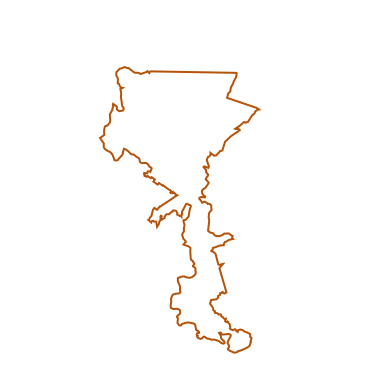 outline of Santa María Petapa, Oaxaca, Mexico, rotated 118°
{"feature_id": "50627088B19284928966846", "entity_name": "Santa María Petapa", "entity_type": "district", "adm_level": 2, "iso_a3": "MEX", "parent_name": "Mexico", "parent_adm1": "Oaxaca", "projection": "natural_earth1", "projection_center": [-95.032, 16.899], "detail": "fine", "context": "isolated", "style": "outline", "palette": "amber", "viewbox_px": 384, "rotation_deg": 118, "n_neighbors": 0, "source": "geoboundaries", "source_scale": "gbopen_adm2", "svg_char_len": 6067}
<svg xmlns="http://www.w3.org/2000/svg" viewBox="0 0 384 384"><g transform="rotate(118 192 192)"><path d="M112.4,306.4L113.0,307.3L113.2,309.5L113.6,310.6L115.3,311.6L117.2,313.8L121.8,315.0L124.6,313.6L126.4,310.9L127.6,310.1L130.9,308.6L130.8,307.2L132.1,305.8L133.2,303.9L132.7,302.2L134.7,303.6L137.7,301.1L141.8,299.1L148.9,293.9L149.7,292.2L150.8,291.2L152.5,291.3L154.7,293.9L154.8,294.7L154.3,297.2L152.2,298.1L151.8,298.7L151.2,303.0L152.6,302.6L153.4,301.7L155.6,301.5L156.4,300.9L162.1,301.0L167.3,297.7L169.0,297.1L173.0,297.8L174.2,299.3L175.3,299.6L177.8,298.9L179.7,298.1L182.5,296.4L183.2,296.4L187.5,298.6L190.5,292.7L193.3,291.3L194.5,290.0L195.3,287.4L195.2,282.9L195.5,281.4L196.9,279.1L200.4,275.2L199.8,273.7L198.4,272.4L196.7,272.3L194.4,271.5L190.5,270.9L189.6,271.7L185.8,272.3L185.5,270.2L185.9,267.6L186.9,264.7L187.1,263.0L186.2,260.7L186.9,258.3L187.1,256.7L187.0,255.1L187.6,253.9L189.6,252.4L190.0,251.6L190.1,250.5L189.9,249.5L188.3,246.9L187.9,245.7L188.3,243.5L189.1,242.6L189.7,240.9L189.6,239.5L190.1,238.7L193.7,238.2L193.6,238.8L194.4,240.5L194.7,240.8L196.1,240.4L196.5,240.5L197.7,243.1L198.9,242.6L198.8,241.8L200.0,241.5L199.9,239.2L198.7,239.0L199.1,234.9L197.9,234.6L198.4,230.7L200.9,231.0L201.6,225.8L199.6,225.4L200.2,220.8L199.6,220.7L200.6,214.7L200.7,211.8L201.1,210.5L202.6,210.9L202.9,210.1L201.4,209.1L201.7,209.0L202.0,208.2L201.0,207.5L201.7,205.4L201.8,203.5L204.1,205.0L204.6,205.0L220.3,213.5L220.2,213.7L224.1,214.5L223.7,217.8L226.1,218.1L232.1,216.6L234.4,217.1L236.8,216.9L237.2,217.3L238.0,213.7L237.2,214.0L236.3,213.5L235.8,212.7L236.0,211.7L235.0,209.7L239.1,206.5L235.5,206.2L233.7,206.9L232.0,206.7L230.5,207.1L228.5,208.4L226.7,208.3L227.5,208.0L227.7,207.4L228.4,207.7L230.5,205.7L227.8,204.0L226.5,204.6L224.2,204.2L223.3,203.7L222.4,201.7L220.8,201.4L218.3,199.9L217.9,200.2L217.4,200.2L216.7,199.3L216.2,197.5L216.2,196.9L217.5,195.0L218.8,194.6L219.0,194.2L218.8,192.7L219.0,191.5L218.2,191.0L218.7,189.8L217.8,190.3L215.8,190.3L215.4,190.9L214.3,191.5L205.1,191.5L204.7,190.5L204.7,188.3L204.4,187.2L204.7,186.6L205.5,186.2L209.1,185.6L215.3,183.5L218.9,184.4L219.9,184.8L220.6,186.0L221.7,186.0L224.6,183.1L227.9,182.1L230.6,180.6L232.6,180.9L234.4,180.6L237.2,177.9L238.4,174.6L239.0,174.0L239.4,174.3L242.4,174.8L241.6,168.9L242.2,167.1L245.3,165.6L251.6,161.7L252.4,160.6L252.6,158.5L253.6,157.7L253.7,156.6L254.6,156.1L256.9,156.5L257.2,156.2L257.4,153.6L257.7,153.2L259.6,152.2L260.4,151.4L262.5,150.4L263.9,150.5L267.3,152.1L268.7,153.6L269.4,155.0L270.0,157.3L270.2,159.4L272.0,162.0L273.7,163.1L274.3,164.0L274.9,164.0L277.7,162.4L280.5,158.8L282.2,157.6L284.6,156.4L285.5,155.2L287.0,155.4L287.7,155.9L289.4,158.5L291.6,160.8L292.1,160.8L294.9,160.6L296.2,160.3L299.0,158.6L302.6,157.5L304.3,156.1L304.0,153.4L302.1,150.3L301.8,148.0L302.1,147.1L303.9,145.8L305.5,145.6L308.7,146.9L309.4,146.7L309.9,145.4L310.5,145.0L314.4,143.3L315.6,141.0L315.6,140.0L315.3,139.4L314.9,139.0L313.7,139.1L313.0,138.6L310.4,136.1L309.0,134.2L307.4,129.1L307.4,127.1L311.6,123.8L311.9,123.1L311.9,120.8L312.3,120.1L313.0,119.6L313.5,120.0L313.7,120.7L314.4,121.1L315.7,120.9L316.2,120.3L316.3,119.5L317.0,119.9L317.4,119.5L317.8,118.7L318.0,117.7L317.8,115.9L317.4,115.2L316.8,114.5L314.3,113.9L313.9,112.9L314.3,109.6L313.6,108.1L313.4,105.6L311.9,103.3L311.3,100.5L311.1,97.9L311.6,95.5L311.3,93.3L310.5,92.5L309.9,92.4L308.9,93.2L308.2,95.8L307.4,97.7L305.4,99.1L303.7,102.0L302.9,101.3L302.7,100.8L303.1,99.8L303.6,99.2L303.4,97.8L300.7,93.8L300.0,92.5L299.9,91.4L300.2,90.6L301.3,90.2L306.8,90.2L308.8,89.6L310.6,86.7L311.3,86.5L313.5,86.7L314.1,86.3L314.4,84.2L314.1,79.5L313.2,78.0L312.1,76.9L310.7,76.5L309.4,74.9L305.7,71.8L304.3,71.0L303.4,70.1L301.0,69.0L296.9,69.5L296.8,70.0L293.3,70.8L292.9,71.0L292.6,72.6L290.2,73.8L290.1,77.3L290.6,80.3L290.2,81.1L290.3,82.8L290.6,84.5L292.2,86.4L294.1,86.0L293.9,87.6L292.9,89.2L293.2,90.0L294.7,90.8L294.9,91.3L295.0,93.9L294.8,94.4L293.5,94.7L291.0,96.7L290.5,98.6L290.1,99.3L289.8,99.3L289.7,100.0L290.6,100.5L290.8,101.2L290.4,102.2L288.3,102.4L288.0,102.6L288.8,103.2L288.8,104.1L288.0,106.0L288.1,107.7L286.8,108.5L286.7,109.0L286.7,109.6L287.7,111.0L287.1,112.6L287.9,114.7L287.5,115.5L286.5,115.8L286.4,117.6L285.0,118.6L284.1,119.7L282.2,123.6L281.6,123.9L280.9,123.7L279.4,124.4L278.4,124.4L275.1,119.9L272.8,119.4L271.8,120.2L269.9,119.0L268.0,119.6L267.4,118.5L266.0,118.3L266.0,117.5L266.4,117.1L266.5,115.9L266.3,115.5L264.4,114.5L246.3,132.1L240.8,130.8L241.4,131.7L243.1,132.8L243.5,133.6L243.6,134.8L235.5,142.2L234.8,145.3L235.1,147.2L234.6,147.3L232.9,146.8L231.4,147.2L230.1,145.7L226.1,142.3L225.5,140.9L224.7,140.2L224.2,139.0L221.8,139.6L220.6,139.4L219.6,138.4L216.9,136.8L214.2,133.7L213.6,135.1L211.8,135.4L211.8,137.5L211.3,139.5L211.6,140.6L213.6,144.0L216.1,145.1L218.1,147.3L219.5,149.6L219.6,151.6L219.1,153.1L218.6,153.6L218.5,154.5L219.3,156.8L218.7,159.6L208.8,163.5L206.9,165.2L203.0,166.9L201.8,167.0L198.6,166.3L194.8,168.9L194.3,170.0L194.7,172.4L195.1,172.6L194.7,173.3L194.6,176.3L195.0,176.9L196.5,177.6L196.7,178.1L195.3,180.3L194.8,182.0L194.2,182.6L193.4,182.7L192.0,181.4L191.3,179.3L190.6,178.0L189.8,178.2L189.7,179.9L188.9,181.7L187.7,183.0L186.1,183.8L184.5,183.5L181.9,182.1L176.4,181.5L175.8,181.8L174.5,185.1L174.4,185.8L172.3,186.0L170.3,185.6L169.1,185.9L167.8,188.9L166.0,189.9L164.6,193.5L164.2,193.6L163.5,192.8L163.0,188.9L161.5,189.0L157.3,193.6L156.0,194.2L153.4,194.3L152.5,193.4L151.2,193.2L150.2,193.2L148.8,194.0L149.6,189.6L148.3,187.8L145.9,187.3L144.8,186.6L143.0,186.6L141.1,184.7L132.1,186.4L124.4,183.8L115.0,178.8L114.6,179.7L114.7,180.9L115.8,182.9L115.9,183.5L111.7,181.2L106.0,179.0L105.7,178.7L105.9,177.6L103.8,175.5L96.0,174.9L93.4,173.7L91.3,174.0L88.6,172.8L87.7,171.6L87.4,174.4L92.4,205.2L88.0,206.3L85.3,205.4L81.2,206.8L77.3,206.6L74.5,207.1L70.2,207.0L67.8,207.6L66.5,208.5L66.1,208.4L66.0,208.8L105.1,285.5L107.0,285.5L106.2,288.1L106.9,288.2L107.4,288.5L112.0,292.8L111.8,295.0L113.6,298.6L112.4,306.4Z" fill="none" stroke="#b45309" stroke-width="2"/></g></svg>